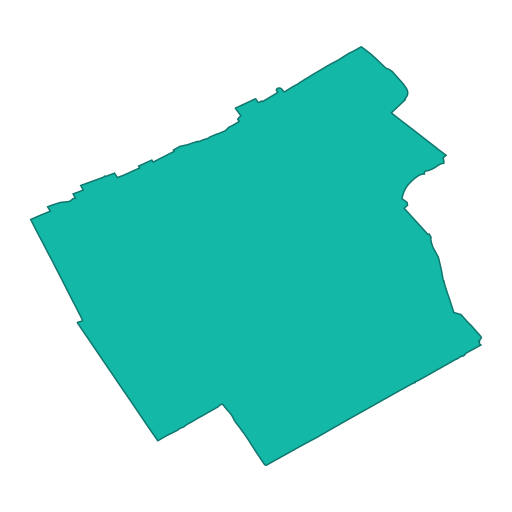 Rijswijk, Zuid-Holland, Netherlands (Robinson projection)
{"feature_id": "6326949B66276661234302", "entity_name": "Rijswijk", "entity_type": "district", "adm_level": 2, "iso_a3": "NLD", "parent_name": "Netherlands", "parent_adm1": "Zuid-Holland", "projection": "robinson", "projection_center": [4.329, 52.037], "detail": "fine", "context": "isolated", "style": "filled", "palette": "teal", "viewbox_px": 512, "rotation_deg": 0, "n_neighbors": 0, "source": "geoboundaries", "source_scale": "gbopen_adm2", "svg_char_len": 5840}
<svg xmlns="http://www.w3.org/2000/svg" viewBox="0 0 512 512"><path d="M480.9,345.0L479.5,344.1L479.5,341.7L478.8,341.2L480.7,339.0L481.1,338.2L481.3,337.7L481.2,337.3L481.0,336.8L480.7,336.3L476.8,331.9L471.0,325.3L468.8,323.3L460.9,314.5L453.8,312.5L452.3,307.7L449.7,299.7L447.1,292.2L445.3,286.5L445.0,285.7L443.8,280.7L443.3,280.7L442.9,278.4L442.4,275.7L442.0,273.6L441.8,272.0L440.1,264.4L438.4,257.3L433.0,247.4L431.7,243.7L431.0,240.5L430.8,238.8L430.9,238.0L431.1,237.4L430.1,235.6L429.6,234.7L429.0,234.0L428.0,234.5L404.1,208.2L407.6,205.3L407.3,204.2L407.1,202.4L401.9,198.6L403.0,194.3L404.0,191.7L405.4,188.8L407.3,185.8L409.5,183.2L411.9,180.8L414.5,178.5L418.1,175.9L418.8,175.4L421.0,174.5L422.5,174.1L424.5,174.0L424.4,173.4L424.4,173.0L424.4,172.7L424.5,172.1L424.7,171.7L424.9,171.3L425.1,171.2L425.3,171.1L425.6,171.0L426.7,170.9L427.4,170.8L427.9,170.7L428.9,170.4L430.1,169.9L431.6,169.3L432.6,168.8L434.3,167.9L435.2,167.4L436.0,166.8L436.8,166.3L438.0,165.4L438.6,165.1L439.4,164.6L440.0,164.3L440.9,163.9L441.8,163.6L442.8,163.4L443.9,163.3L443.9,162.1L443.6,159.5L442.9,158.0L446.1,155.3L445.1,154.5L438.0,149.2L437.3,148.7L436.6,148.0L425.1,139.1L415.6,131.7L410.6,127.8L408.7,126.4L405.4,123.8L403.4,122.3L403.2,122.1L402.7,121.8L401.5,120.9L399.4,119.2L394.2,115.2L391.3,112.9L393.5,110.8L405.3,99.7L404.7,99.0L405.4,98.2L405.8,97.8L406.3,97.1L406.9,96.2L407.2,95.6L407.4,95.1L407.5,94.6L407.7,94.1L407.7,93.4L407.7,92.6L407.7,91.9L407.6,91.5L407.5,91.0L407.2,90.1L406.8,89.1L406.5,88.5L406.0,87.8L405.7,87.3L405.0,86.5L403.8,84.5L395.8,75.5L393.0,72.3L392.7,71.9L392.4,71.7L392.0,71.3L389.1,69.4L385.8,68.1L374.9,57.7L370.4,53.7L365.1,49.6L361.3,46.8L360.0,47.5L359.3,47.8L357.5,48.9L356.6,49.4L354.4,50.6L353.1,51.3L351.3,52.2L349.3,53.1L348.1,53.8L347.8,54.0L346.6,54.8L343.3,56.8L342.8,57.1L342.3,57.5L341.9,57.8L341.3,58.1L340.7,58.5L340.2,58.8L339.4,59.4L336.7,60.9L334.4,62.1L333.2,62.7L331.8,63.5L331.3,63.7L330.8,64.0L330.2,64.3L329.6,64.6L328.6,65.3L328.2,65.4L327.6,65.7L327.2,66.0L322.9,68.6L315.6,72.9L314.7,73.4L313.2,74.3L312.0,75.0L309.3,76.8L305.6,78.9L304.4,79.6L303.5,80.3L300.4,82.2L299.6,82.6L299.3,82.9L298.5,83.6L296.7,84.6L293.7,86.2L291.7,87.4L288.7,89.2L285.0,91.6L284.5,91.7L284.3,91.7L284.0,91.6L283.9,91.7L283.7,91.5L281.6,89.0L281.4,88.8L281.2,88.6L280.8,88.4L280.1,88.1L279.5,88.0L279.0,88.0L278.6,88.0L277.8,88.3L277.1,88.7L276.6,89.2L276.4,89.9L276.4,90.2L276.4,90.6L277.6,92.0L277.7,92.5L275.2,94.0L274.6,94.4L262.6,101.6L262.3,101.2L261.9,101.0L261.3,101.2L259.2,102.3L258.7,102.4L257.9,102.1L256.1,99.4L255.8,99.1L255.5,98.9L255.0,98.9L252.3,100.2L250.2,101.3L249.0,101.8L244.0,104.1L235.5,108.1L235.4,108.2L235.5,108.4L240.9,115.9L240.7,116.1L239.7,116.9L238.9,117.7L238.5,118.2L237.7,119.3L237.9,119.7L238.5,120.3L239.1,121.1L239.2,121.5L232.0,125.8L229.0,127.1L225.6,130.5L224.0,131.3L218.8,133.5L217.0,134.0L210.1,136.9L209.4,137.3L209.2,137.7L207.0,138.7L204.3,139.4L199.6,141.3L198.0,141.9L197.6,141.3L186.6,145.0L185.5,145.1L184.4,145.4L180.3,146.3L179.8,146.4L179.5,146.5L178.9,146.9L178.6,147.2L176.7,148.2L175.3,149.0L173.8,149.8L173.5,150.0L174.1,150.9L174.3,151.3L167.4,154.8L166.8,155.1L163.4,156.9L161.7,157.7L160.5,158.3L153.3,162.1L151.8,160.1L145.3,163.0L143.8,163.8L142.5,164.3L138.6,166.1L139.8,167.9L137.8,168.7L136.6,169.4L135.9,169.6L127.2,173.6L125.2,174.5L123.7,175.2L119.9,176.6L117.5,177.5L117.1,177.1L116.9,176.8L114.5,173.1L113.6,173.5L108.2,175.5L106.1,176.3L105.9,176.3L105.5,176.3L105.2,176.2L104.7,176.1L104.4,176.2L104.1,176.7L103.9,176.9L103.2,177.3L101.4,177.9L101.1,178.1L92.2,181.3L89.4,182.3L85.6,183.7L84.1,184.3L83.6,184.4L82.7,184.7L80.7,185.5L83.2,190.1L79.9,191.4L73.1,193.9L75.4,198.1L72.7,198.8L72.4,199.2L71.2,200.2L69.9,201.1L69.5,201.3L68.4,201.6L63.0,202.2L61.4,202.3L59.2,202.8L50.9,205.5L47.6,206.8L50.3,211.2L41.4,214.8L30.7,219.5L31.3,220.7L32.9,223.9L36.2,230.4L43.6,244.4L45.8,248.7L47.6,252.2L52.4,261.2L57.5,271.2L62.0,279.9L67.4,290.6L72.0,299.6L73.0,301.6L74.7,304.8L75.8,306.8L76.5,308.2L79.1,313.5L79.3,313.9L79.7,314.6L80.1,315.2L81.0,317.1L82.3,319.8L82.4,320.0L82.5,320.2L82.5,320.5L82.4,320.8L82.1,321.0L81.8,321.1L81.4,321.2L78.4,322.1L77.6,322.3L77.4,322.5L77.7,323.3L79.3,325.5L81.1,328.3L83.3,331.5L84.9,333.9L86.6,336.3L91.0,342.8L109.0,369.3L111.6,373.1L113.8,376.3L117.9,382.4L121.7,388.0L129.6,399.5L139.5,414.1L145.1,422.4L153.1,434.0L157.8,440.8L161.2,438.8L166.4,435.8L168.9,434.5L171.1,433.5L173.9,432.1L175.4,431.3L176.6,430.7L177.9,429.9L179.6,428.7L179.8,428.5L180.5,428.1L181.1,427.9L181.6,427.8L182.6,427.4L183.2,427.2L184.0,426.7L184.6,426.4L184.9,426.1L185.6,425.4L186.3,424.9L186.6,424.8L188.0,423.9L190.1,422.8L198.6,417.8L203.4,415.2L207.7,412.7L209.5,411.7L213.4,409.5L216.0,408.0L217.6,407.1L218.0,406.8L219.6,405.4L219.9,405.2L220.7,404.6L221.1,404.4L221.5,404.3L221.8,404.2L222.2,404.3L222.8,404.6L223.0,404.8L223.4,405.2L223.7,405.6L225.5,407.9L226.7,409.4L227.2,410.0L228.1,410.9L228.7,411.5L229.4,412.4L230.7,414.0L231.6,415.2L232.9,417.5L234.1,419.9L234.4,420.6L236.9,424.0L239.1,426.8L241.8,430.5L242.8,431.9L244.8,434.5L245.2,435.2L246.4,437.0L248.6,440.2L251.2,444.4L252.3,446.1L256.0,451.9L257.1,453.6L259.4,456.9L261.5,460.1L263.7,463.4L264.6,464.6L265.0,465.0L265.5,465.2L265.9,465.2L266.4,465.1L267.2,464.8L273.0,461.5L295.3,449.1L295.9,448.7L305.8,443.3L307.7,442.3L317.3,437.2L318.8,436.3L321.1,435.0L324.9,432.8L327.8,431.1L347.1,420.1L371.7,406.3L398.5,391.2L404.3,388.1L409.1,385.4L412.0,383.8L413.6,383.1L415.3,382.5L415.1,381.7L416.8,381.1L418.4,380.5L420.0,379.5L421.7,378.6L425.8,376.3L431.1,373.3L435.2,371.0L436.7,370.1L441.8,367.3L444.7,365.6L446.4,364.7L453.9,360.4L456.8,358.8L457.0,359.0L460.0,357.0L461.7,355.9L462.3,356.4L464.5,355.1L464.9,354.8L465.3,353.6L467.3,352.5L472.4,349.7L480.9,345.0Z" fill="#14b8a6" stroke="#0f766e" stroke-width="1.5"/></svg>